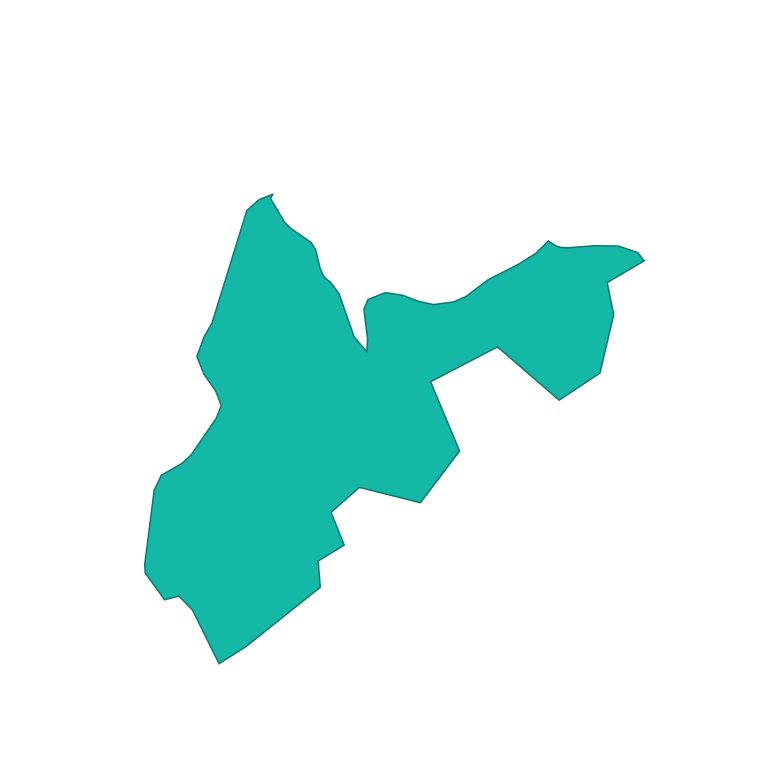 Sevastopol, Mercator projection, rotated 72°
{"feature_id": "UKR-5482", "entity_name": "Sevastopol", "entity_type": "City", "adm_level": 1, "iso_a3": "UKR", "parent_name": "Ukraine", "parent_adm1": "", "projection": "mercator", "projection_center": [33.58, 44.625], "detail": "fine", "context": "isolated", "style": "filled", "palette": "teal", "viewbox_px": 768, "rotation_deg": 72, "n_neighbors": 0, "source": "natural_earth", "source_scale": "10m", "svg_char_len": 973}
<svg xmlns="http://www.w3.org/2000/svg" viewBox="0 0 768 768"><g transform="rotate(72 384 384)"><path d="M489.9,669.5L481.8,667.4L414.2,635.5L402.0,624.0L397.0,600.5L391.6,589.0L364.7,554.1L354.3,545.4L338.2,546.3L319.2,552.2L300.0,553.5L283.8,540.7L272.8,528.7L176.6,460.8L170.1,445.8L169.2,431.3L169.0,430.7L172.5,434.6L199.7,428.5L207.2,424.6L226.9,409.6L235.1,407.5L254.3,409.0L264.0,407.9L271.3,403.2L284.2,398.8L329.9,397.8L348.2,390.4L335.9,385.7L306.7,380.0L298.8,373.2L297.5,354.5L305.3,339.0L316.1,325.5L323.8,312.3L327.5,292.2L326.0,278.6L317.1,253.1L311.5,218.4L306.7,199.4L298.8,183.4L305.9,177.7L309.0,173.2L311.5,166.2L317.6,140.7L325.4,118.2L337.5,102.0L347.3,98.5L356.5,140.4L389.1,144.1L440.3,175.2L453.5,222.4L383.8,264.6L396.2,339.0L471.1,332.8L508.2,386.1L474.7,439.4L489.7,474.0L524.9,471.6L532.0,501.3L557.6,507.4L591.1,596.4L599.0,627.3L539.9,636.0L522.3,644.6L521.4,659.4L489.9,669.5Z" fill="#14b8a6" stroke="#0f766e" stroke-width="1.5"/></g></svg>